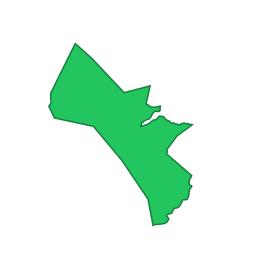 outline of San Pedro, Copán, Honduras, rotated 235°
{"feature_id": "27666195B10717869055207", "entity_name": "San Pedro", "entity_type": "district", "adm_level": 2, "iso_a3": "HND", "parent_name": "Honduras", "parent_adm1": "Copán", "projection": "natural_earth1", "projection_center": [-88.844, 14.614], "detail": "fine", "context": "isolated", "style": "filled", "palette": "green", "viewbox_px": 256, "rotation_deg": 235, "n_neighbors": 0, "source": "geoboundaries", "source_scale": "gbopen_adm2", "svg_char_len": 5038}
<svg xmlns="http://www.w3.org/2000/svg" viewBox="0 0 256 256"><g transform="rotate(235 128 128)"><path d="M227.4,133.2L205.8,93.6L200.6,84.4L192.7,79.3L191.1,75.6L178.4,73.5L149.2,100.6L105.0,104.4L58.2,103.6L33.1,92.3L33.3,92.4L33.4,92.6L33.5,92.8L33.6,93.0L33.7,93.5L33.8,93.9L33.9,94.2L33.9,94.3L33.8,94.5L33.4,95.1L33.2,95.3L32.5,96.4L32.4,96.7L32.1,97.0L31.9,97.3L31.6,97.8L31.0,98.9L30.3,100.1L29.6,101.6L29.0,102.8L28.9,103.1L28.8,103.5L28.7,103.8L28.7,104.2L28.6,104.7L28.6,105.4L28.7,106.2L28.7,106.4L28.8,106.5L28.9,106.8L29.0,107.1L29.1,107.3L29.4,107.7L29.4,107.8L29.5,108.0L29.7,108.4L29.8,108.7L29.9,108.9L30.1,109.1L30.3,109.3L30.6,109.4L30.9,109.4L31.1,109.4L31.8,109.4L32.3,109.3L33.1,109.2L33.3,109.1L33.5,108.9L33.8,108.8L34.0,108.9L34.0,109.0L34.2,109.3L34.3,109.7L34.4,110.3L34.5,110.8L34.5,111.0L34.4,111.2L34.2,111.9L34.0,112.4L33.9,112.7L33.6,113.4L33.4,113.9L33.3,114.1L33.2,114.4L33.2,114.6L33.2,114.8L33.3,115.1L33.5,115.6L33.9,116.3L34.3,116.9L34.5,117.2L34.7,117.6L34.9,118.0L35.2,118.6L35.3,118.9L35.3,119.1L35.4,119.4L35.4,119.6L35.4,119.8L35.4,120.0L35.4,120.3L35.4,120.5L35.2,121.1L35.1,121.4L35.0,121.5L34.7,121.7L34.7,121.9L34.6,122.1L34.5,122.5L34.4,122.7L34.3,123.1L34.3,123.6L34.2,124.0L34.2,124.4L34.3,124.7L34.3,125.0L34.5,125.5L34.6,125.8L35.4,127.6L35.8,128.5L36.4,129.5L37.0,130.3L37.2,130.6L37.5,130.9L37.6,131.0L37.7,131.3L37.7,131.5L37.6,131.8L37.4,132.0L37.2,132.3L36.7,133.1L36.4,134.0L36.0,134.8L35.8,135.2L35.5,135.5L35.8,135.9L36.1,136.3L36.3,136.7L36.6,137.2L36.6,137.3L37.1,138.0L37.3,138.2L37.5,138.6L38.8,139.9L39.0,140.1L39.5,140.4L39.6,140.5L39.8,140.5L40.0,140.5L40.8,141.8L41.0,141.9L41.1,142.0L41.3,142.1L41.5,142.2L41.7,142.3L42.1,142.7L42.2,142.8L42.3,142.9L42.4,143.1L42.5,143.3L42.5,143.5L42.5,143.8L42.6,144.0L43.0,145.1L43.3,145.9L43.3,146.0L43.4,146.3L43.4,146.5L43.5,146.7L43.6,146.8L43.8,146.9L44.1,146.9L44.8,146.5L46.0,146.0L46.3,145.9L46.5,145.8L46.8,145.8L47.0,145.9L48.1,146.8L49.0,147.4L49.1,147.6L49.5,147.9L50.5,149.1L50.9,149.4L51.0,149.6L51.2,150.2L51.3,150.7L51.6,151.4L51.9,152.1L52.2,152.6L52.4,152.9L84.4,144.8L84.7,145.0L85.0,145.5L85.7,146.2L86.2,146.6L87.8,147.5L88.3,148.2L93.4,163.7L93.8,182.5L94.0,182.4L94.5,182.2L94.7,181.9L94.7,181.7L94.7,181.3L94.8,181.1L95.0,180.9L95.1,180.7L95.3,180.5L95.6,180.4L96.2,180.1L96.5,180.0L96.8,179.9L97.0,179.9L97.2,179.7L97.3,179.6L97.5,179.0L97.6,178.8L97.7,178.5L97.9,178.3L98.0,178.1L98.2,177.9L98.4,177.7L98.5,177.6L99.0,177.3L99.5,177.3L99.7,177.2L99.8,177.1L100.0,176.8L100.1,176.6L100.1,176.4L100.2,175.9L100.3,175.7L100.3,175.4L100.7,174.3L100.8,173.9L101.0,173.3L101.1,172.8L101.3,171.4L101.4,171.2L101.5,171.0L101.6,170.9L101.8,170.9L102.0,170.8L102.3,170.7L102.5,170.7L102.7,170.8L102.8,170.8L103.0,170.7L103.2,170.3L103.2,170.2L103.3,169.9L103.4,169.7L103.7,169.4L103.8,169.2L104.0,169.1L104.4,169.1L104.5,169.1L104.9,168.9L105.2,168.7L105.5,168.4L105.9,168.0L106.2,167.6L106.5,167.2L106.7,166.9L106.8,166.8L107.1,166.6L107.3,166.4L107.5,166.3L107.7,166.2L108.0,166.1L108.4,165.9L108.8,165.8L110.1,165.8L110.3,165.7L110.6,165.4L110.8,165.2L111.6,164.7L111.9,164.5L112.4,164.2L112.9,164.0L113.4,163.9L113.7,163.8L113.9,163.7L114.5,163.7L115.1,163.7L115.3,163.8L115.5,163.8L115.8,163.8L116.1,163.7L116.3,163.7L116.6,163.6L116.8,163.5L117.0,163.5L117.2,163.3L119.2,161.3L119.4,161.1L119.5,160.9L119.6,160.6L119.6,160.3L119.6,160.0L119.6,159.8L119.6,159.5L119.3,158.7L119.2,158.3L119.2,157.9L119.1,157.3L118.9,156.4L118.9,156.0L118.9,155.6L118.9,155.4L119.0,155.1L119.1,154.8L119.2,154.5L119.3,154.3L119.4,154.2L119.5,154.2L119.8,153.9L119.9,153.7L119.9,153.1L119.9,152.4L119.9,151.0L119.8,150.3L119.7,148.7L119.7,148.3L119.7,147.5L119.7,147.1L119.8,146.7L119.8,146.3L119.9,146.1L120.4,144.3L121.3,141.2L121.5,140.5L121.8,139.9L122.0,139.5L122.0,139.4L122.4,139.7L123.1,140.7L123.5,141.2L123.9,141.8L123.9,142.0L124.1,142.3L124.2,142.5L124.2,142.9L124.3,143.4L124.3,143.9L124.4,144.4L124.4,144.9L124.4,146.0L124.4,146.4L124.3,146.9L124.0,148.4L123.8,149.0L123.7,149.3L123.5,149.9L123.4,150.3L123.3,150.5L123.3,150.8L123.3,151.0L123.4,151.5L123.5,151.9L123.6,152.3L123.8,152.7L124.0,153.1L125.0,155.1L125.6,156.4L125.9,157.5L126.0,157.8L126.1,158.3L126.2,158.9L126.2,159.2L126.2,159.5L126.1,159.8L126.0,160.0L125.7,160.5L125.3,161.0L125.0,161.3L124.5,161.8L124.2,162.1L124.0,162.4L123.9,162.5L123.8,162.8L123.7,163.1L123.6,163.4L123.7,163.5L123.8,163.7L123.9,164.0L124.0,164.2L124.4,164.7L124.5,164.9L124.7,165.0L125.9,165.7L126.6,166.2L126.8,166.4L126.9,166.6L127.0,166.7L127.1,167.0L127.3,167.2L127.5,167.1L127.6,166.9L127.6,166.6L127.7,166.4L127.7,166.2L127.8,166.0L128.5,164.5L128.7,163.9L129.0,163.1L129.3,162.6L129.5,162.2L129.7,161.9L130.1,161.2L130.9,160.2L131.2,159.8L131.6,159.3L131.8,159.1L132.0,158.9L132.3,158.7L132.5,158.7L133.0,158.5L133.3,158.4L133.8,158.2L134.0,158.1L134.3,158.0L135.1,157.8L135.7,157.6L135.9,157.5L136.0,157.5L136.3,157.1L136.6,156.9L136.9,156.7L137.3,156.5L149.8,170.3L159.2,145.1L205.8,138.3L227.4,133.2Z" fill="#22c55e" stroke="#15803d" stroke-width="1.5"/></g></svg>